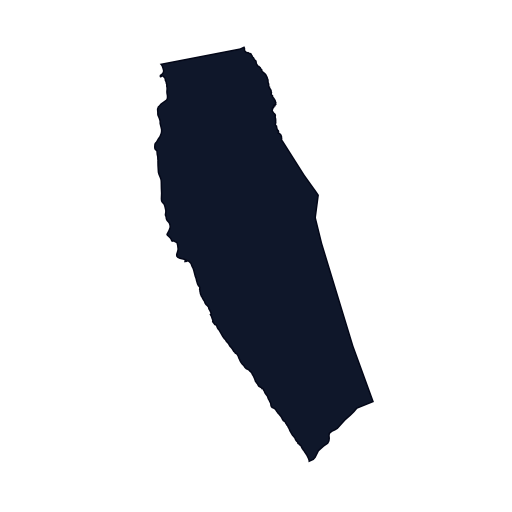 Svalbarðsstrandarhreppur, Norðurland eystra, Iceland, rotated 342°
{"feature_id": "244011B70204278120324", "entity_name": "Svalbarðsstrandarhreppur", "entity_type": "district", "adm_level": 2, "iso_a3": "ISL", "parent_name": "Iceland", "parent_adm1": "Norðurland eystra", "projection": "orthographic", "projection_center": [-18.034, 65.737], "detail": "fine", "context": "isolated", "style": "filled", "palette": "ink", "viewbox_px": 512, "rotation_deg": 342, "n_neighbors": 0, "source": "geoboundaries", "source_scale": "gbopen_adm2", "svg_char_len": 5979}
<svg xmlns="http://www.w3.org/2000/svg" viewBox="0 0 512 512"><g transform="rotate(342 256 256)"><path d="M322.3,430.6L320.2,371.5L322.2,264.2L324.1,238.2L324.4,237.3L333.9,217.4L332.9,213.9L326.6,194.0L316.6,154.9L316.1,153.8L316.8,151.8L316.8,151.3L317.1,150.4L317.1,150.2L316.9,149.9L317.1,149.3L317.1,148.9L316.8,148.0L316.4,147.5L316.4,147.2L316.0,146.6L315.1,146.1L315.1,145.9L315.3,145.5L315.8,144.8L315.9,144.5L315.9,143.8L315.8,143.5L315.7,143.3L315.4,143.3L315.3,143.1L315.3,142.3L315.2,141.9L315.3,141.3L315.2,141.2L315.2,140.5L315.3,140.2L315.5,140.0L315.5,139.3L315.6,138.7L315.1,138.1L315.0,137.7L315.0,137.0L315.1,136.7L315.9,135.4L316.1,134.9L316.1,134.4L316.4,133.9L317.0,131.7L317.1,129.8L317.9,128.1L317.9,127.7L317.7,126.8L316.9,125.5L316.6,124.5L316.5,123.8L316.2,123.5L316.1,123.1L316.2,122.8L317.0,121.7L317.1,120.5L317.3,120.3L317.7,120.4L318.0,120.2L318.3,119.7L318.5,119.7L318.4,119.9L318.5,120.2L319.1,119.7L319.2,119.3L319.6,119.0L319.7,118.6L319.6,118.2L319.9,118.2L320.0,118.5L320.0,118.9L320.4,118.9L320.4,118.2L320.5,118.0L320.9,117.8L321.5,118.0L321.7,117.9L321.8,117.7L321.7,116.9L322.3,116.0L322.1,115.6L321.9,115.0L322.2,114.7L322.2,114.2L322.0,113.0L321.8,112.8L321.7,111.7L321.4,111.0L321.1,110.6L321.0,110.2L320.8,110.0L320.8,109.7L321.2,109.1L321.2,108.7L320.5,107.5L320.3,107.3L320.3,107.0L320.6,106.5L320.7,106.1L321.1,105.6L321.2,105.3L321.2,105.0L321.1,104.8L321.1,104.5L321.2,104.1L321.4,103.8L321.3,103.5L321.4,103.0L321.4,102.6L321.2,102.1L321.2,101.7L320.7,100.7L320.7,100.3L321.0,99.7L320.7,99.5L320.6,99.1L320.6,98.6L320.7,98.1L320.8,97.6L321.2,96.4L321.1,95.1L321.2,94.1L321.5,93.4L321.8,91.9L321.6,90.3L321.8,89.5L321.6,88.9L321.5,88.0L321.4,87.6L321.3,86.6L320.8,85.5L320.2,84.4L319.8,84.1L319.5,83.3L318.8,82.5L318.7,82.0L319.0,80.9L318.8,80.3L318.5,80.0L318.3,79.3L318.2,78.2L317.6,77.4L317.3,76.6L316.4,75.9L316.2,75.4L316.2,75.0L316.1,74.5L315.9,74.0L315.8,73.2L315.8,72.5L316.0,71.8L316.1,71.1L316.1,70.4L315.9,69.9L315.3,69.3L315.0,68.6L315.0,67.7L314.8,66.7L314.2,65.9L314.1,65.4L314.1,64.6L314.0,64.0L313.7,63.4L313.7,62.4L313.2,61.8L312.0,61.1L311.6,60.7L311.4,60.2L310.4,59.9L310.1,59.6L309.4,59.4L309.2,59.0L309.2,58.4L308.8,58.1L308.7,57.8L308.7,56.5L309.2,54.9L309.1,53.8L304.9,54.3L225.0,44.4L225.3,45.1L225.6,46.6L225.6,48.6L225.5,51.0L225.1,52.1L224.1,53.3L222.8,54.1L220.9,54.7L220.5,55.8L220.7,56.1L221.4,56.0L222.2,55.7L222.8,55.8L223.3,56.4L224.3,58.3L224.4,59.4L224.1,61.0L224.4,62.7L224.1,63.7L224.2,64.8L224.1,65.6L223.6,66.9L223.5,68.1L223.1,69.6L222.2,71.8L221.7,73.5L221.3,76.3L220.6,78.4L220.0,79.3L219.2,80.1L212.6,82.2L210.4,83.6L209.3,84.0L207.8,85.9L207.3,87.8L206.9,89.5L206.5,90.6L206.3,91.9L206.6,94.7L206.6,97.0L206.5,98.2L205.8,100.4L205.5,104.7L205.3,106.6L204.7,108.4L203.9,110.0L201.6,112.8L199.4,114.4L197.8,115.9L196.4,117.1L195.3,117.6L194.5,118.4L193.4,121.0L193.1,122.5L193.2,123.5L194.2,125.2L194.2,125.9L193.5,128.7L193.3,130.7L193.2,131.4L192.5,133.9L192.5,134.4L192.0,135.7L190.8,139.6L189.1,146.1L189.0,148.3L189.3,152.0L189.3,154.2L188.8,156.3L186.9,162.5L185.6,167.2L183.8,172.1L183.4,173.6L183.3,174.6L183.5,175.7L184.7,178.5L184.7,180.7L184.4,184.0L184.2,185.3L183.5,187.0L182.7,188.5L182.5,189.1L182.6,190.0L182.6,191.1L182.3,192.6L182.3,193.7L182.5,194.8L183.5,197.0L183.8,198.1L183.8,199.8L183.6,201.1L183.2,202.3L182.3,203.5L181.1,205.0L178.1,207.9L178.1,208.5L178.3,209.1L178.8,209.8L180.1,212.3L180.5,213.7L180.6,215.5L180.9,215.9L181.7,216.2L182.3,216.0L182.8,216.4L183.5,217.4L184.6,218.4L185.0,219.0L184.8,221.8L184.2,224.8L183.8,226.0L183.2,227.0L182.3,228.3L181.2,229.8L180.9,230.5L180.8,231.1L180.7,231.8L180.9,232.2L181.3,233.1L183.0,234.7L186.2,236.6L188.0,238.0L187.3,238.9L187.1,238.8L186.8,239.3L188.3,239.6L189.9,239.4L191.0,241.1L191.9,243.0L192.0,246.0L192.4,248.4L192.4,250.3L192.0,256.3L192.1,259.2L191.9,260.7L191.8,264.4L192.1,266.5L192.6,267.4L192.9,268.6L192.0,270.6L192.1,271.4L191.8,272.2L191.7,273.6L191.5,274.7L191.6,276.0L191.6,277.1L192.0,278.4L192.2,279.9L192.5,281.4L193.1,283.4L193.0,284.8L193.5,286.7L194.4,288.2L195.1,290.0L194.9,291.7L195.3,293.4L195.6,295.8L195.6,297.2L194.6,297.5L194.7,298.2L194.9,299.0L195.0,299.9L195.0,302.1L195.1,304.0L194.5,305.1L195.4,307.5L195.6,308.4L196.6,309.0L197.1,310.6L197.1,312.2L197.5,313.9L198.1,315.1L198.5,317.1L199.6,322.5L200.0,323.5L200.3,324.7L201.1,326.1L201.5,328.1L202.8,330.8L203.0,332.0L203.4,333.9L204.0,335.0L204.7,336.8L205.4,339.8L206.1,340.9L206.3,341.6L206.3,342.0L207.4,343.0L207.9,344.6L208.1,345.5L208.2,348.1L208.4,349.2L208.5,350.7L208.9,352.6L209.6,354.7L210.4,356.1L210.8,357.3L211.1,358.5L212.1,360.4L212.5,360.5L214.2,362.4L214.6,363.6L215.1,364.2L215.9,366.2L216.0,367.8L216.4,368.9L216.8,372.4L216.8,375.2L217.2,375.9L217.3,376.7L217.8,377.8L218.0,378.5L218.0,378.9L218.3,380.3L218.5,380.8L220.5,383.0L220.7,383.6L220.7,383.9L221.3,384.0L221.8,385.2L221.8,385.9L222.1,386.6L222.3,389.1L222.8,390.8L223.5,392.6L223.6,393.9L223.6,395.6L223.9,396.8L224.1,398.0L224.1,398.8L224.4,399.7L224.4,401.5L224.1,402.2L224.1,402.9L224.1,404.0L224.6,405.1L225.5,405.8L226.2,406.5L226.7,407.1L227.1,407.9L227.4,408.8L227.8,410.4L228.2,411.3L228.4,412.3L228.9,413.1L229.5,414.7L230.2,416.4L230.5,417.8L230.8,419.8L231.2,421.2L231.7,421.6L232.5,422.8L232.7,423.9L232.7,424.6L232.9,424.9L233.1,425.6L233.1,426.2L233.7,427.2L233.7,428.3L234.2,430.6L234.2,431.6L234.3,432.8L234.7,434.6L234.9,435.7L235.4,437.8L236.0,439.0L236.8,441.2L236.9,442.9L237.3,444.4L237.9,445.5L238.2,446.0L238.0,447.0L238.1,447.3L238.8,447.9L239.0,448.7L239.1,449.0L239.6,449.5L240.3,450.9L240.3,452.0L240.6,453.6L240.9,454.1L240.9,454.7L241.5,456.0L241.7,457.1L242.9,461.3L243.3,464.2L243.4,465.2L243.4,466.8L243.2,467.6L247.6,467.1L250.0,465.7L255.1,460.5L261.6,457.6L266.3,456.2L268.2,454.3L269.3,452.0L269.9,449.3L270.9,447.4L272.4,446.7L274.4,446.0L277.2,445.7L280.1,445.0L290.0,439.3L296.5,436.5L301.1,434.2L303.8,432.5L305.1,431.8L322.3,430.6Z" fill="#0f172a" stroke="#020617" stroke-width="1.5"/></g></svg>